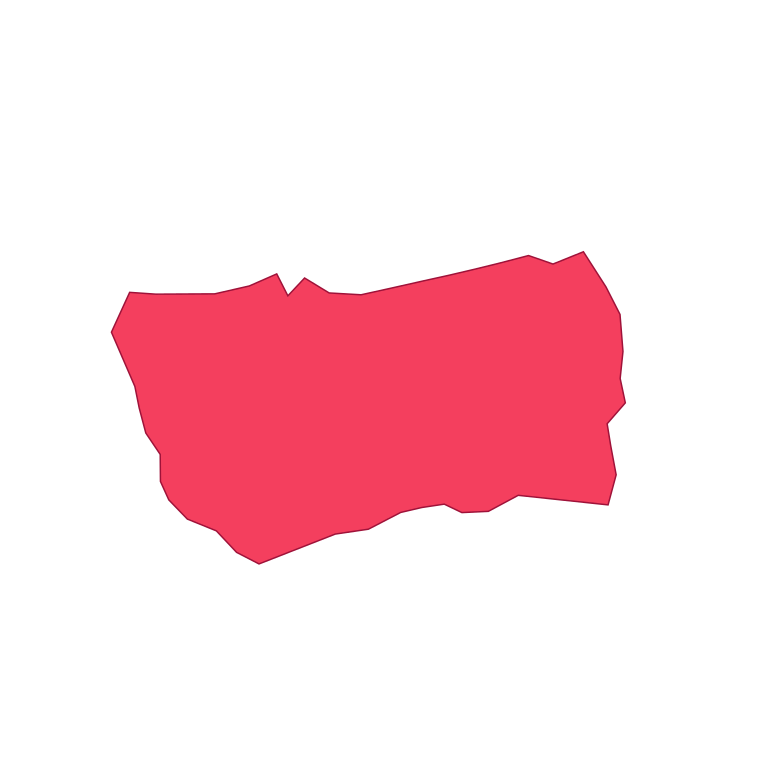 Santa Luzia do Norte, Alagoas, Brazil, rotated 46°
{"feature_id": "56859067B36657836872761", "entity_name": "Santa Luzia do Norte", "entity_type": "district", "adm_level": 2, "iso_a3": "BRA", "parent_name": "Brazil", "parent_adm1": "Alagoas", "projection": "robinson", "projection_center": [-35.83, -9.61], "detail": "fine", "context": "isolated", "style": "filled", "palette": "rose", "viewbox_px": 768, "rotation_deg": 46, "n_neighbors": 0, "source": "geoboundaries", "source_scale": "gbopen_adm2", "svg_char_len": 734}
<svg xmlns="http://www.w3.org/2000/svg" viewBox="0 0 768 768"><g transform="rotate(46 384 384)"><path d="M626.6,306.8L610.6,280.1L585.9,263.8L567.6,251.1L565.2,223.5L544.1,210.3L526.6,189.5L497.9,165.9L468.4,156.9L427.4,148.7L415.1,179.1L392.0,190.8L376.4,218.5L362.9,241.6L350.5,262.4L337.4,283.7L320.3,311.8L303.9,338.5L280.4,360.2L252.6,367.5L253.8,391.9L230.3,384.7L219.9,412.8L201.6,443.1L182.1,463.5L160.9,485.7L141.4,503.3L157.4,544.1L212.7,564.9L231.1,576.7L253.8,589.4L279.2,593.9L298.8,612.5L317.9,619.3L344.6,619.3L373.2,606.6L402.7,607.0L426.6,598.9L458.1,523.3L477.6,496.1L488.0,461.2L499.1,442.6L512.3,424.1L530.6,417.3L548.1,397.4L557.3,364.8L626.6,306.8Z" fill="#f43f5e" stroke="#9f1239" stroke-width="1.5"/></g></svg>